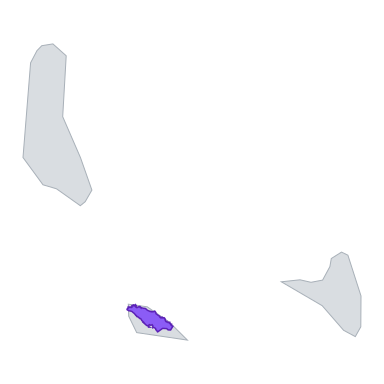 Fomboni, Moûhîlî, Comoros shown in context
{"feature_id": "10938185B23268545061954", "entity_name": "Fomboni", "entity_type": "district", "adm_level": 2, "iso_a3": "COM", "parent_name": "Comoros", "parent_adm1": "Moûhîlî", "projection": "robinson", "projection_center": [43.719, -12.295], "detail": "fine", "context": "in_parent", "style": "filled", "palette": "violet", "viewbox_px": 384, "rotation_deg": 0, "n_neighbors": 0, "source": "geoboundaries", "source_scale": "gbopen_adm2", "svg_char_len": 4641}
<svg xmlns="http://www.w3.org/2000/svg" viewBox="0 0 384 384"><path d="M85.2,201.7L80.3,205.7L56.5,188.8L43.0,184.8L23.0,157.5L30.6,62.8L37.0,50.6L41.8,45.7L52.9,43.9L66.2,55.8L62.7,116.7L80.5,157.7L91.9,190.1L85.2,201.7ZM347.9,255.2L361.0,296.0L360.8,326.8L355.3,336.6L343.6,330.3L322.2,305.7L281.3,281.8L300.0,279.8L311.0,282.3L322.6,280.1L329.9,266.6L331.3,258.5L341.5,252.1L347.9,255.2ZM169.2,322.0L187.4,340.1L136.7,332.6L128.7,316.2L128.3,304.2L147.2,306.8L169.2,322.0Z" fill="#d9dde1" stroke="#a8b0b8" stroke-width="1"/><path d="M172.9,326.3L172.7,326.2L172.6,326.3L172.3,326.3L172.1,326.0L171.9,325.7L172.0,325.6L171.9,325.5L171.8,325.3L171.5,325.1L171.5,324.9L171.4,325.0L171.0,325.0L171.0,324.8L170.9,324.6L170.7,324.4L170.6,324.1L170.6,323.9L170.6,323.7L170.4,323.6L170.2,323.6L170.1,323.4L170.0,323.2L169.9,323.1L169.7,323.2L169.6,322.9L169.6,322.5L169.7,322.4L169.6,322.5L169.4,322.6L169.2,322.6L169.3,322.5L169.2,322.5L168.9,322.5L168.8,322.3L168.8,322.2L168.7,322.2L168.6,322.3L168.2,322.5L167.9,322.3L167.4,322.1L167.2,321.9L166.9,321.3L166.7,321.3L166.6,321.5L166.4,321.7L166.2,321.4L166.0,321.5L165.9,321.5L165.5,320.9L165.2,320.0L165.2,319.9L165.2,319.6L165.3,319.3L165.2,319.2L164.8,318.9L164.8,318.7L164.7,318.7L164.6,318.4L164.6,318.2L164.4,318.0L164.2,317.8L163.8,318.0L163.6,317.8L163.4,317.7L162.7,317.6L162.4,317.9L162.2,317.9L162.0,317.7L161.9,317.6L161.8,317.8L161.8,317.7L161.7,317.8L161.5,317.7L161.4,317.7L161.2,317.8L160.9,317.9L160.7,317.8L160.7,317.6L160.7,317.4L160.3,317.4L160.1,317.4L159.9,317.0L159.8,316.9L160.0,316.7L159.9,316.6L159.4,316.0L159.0,315.8L158.8,315.7L158.6,315.5L158.4,315.4L157.7,315.0L156.9,314.3L156.1,313.8L155.9,313.4L155.9,313.2L155.9,312.9L155.9,312.7L155.6,312.2L155.4,312.0L155.3,311.8L155.1,311.6L154.9,311.2L154.6,311.1L154.4,311.4L154.0,311.4L154.0,311.5L153.9,311.6L153.5,311.6L153.2,311.6L153.0,311.8L152.7,311.8L152.3,311.8L152.2,311.7L151.9,311.6L151.8,311.8L151.5,311.8L150.8,311.6L150.7,311.3L150.4,311.4L150.3,311.5L149.9,311.4L149.6,311.3L149.1,310.9L148.6,310.8L148.4,310.7L148.2,310.6L147.9,310.5L147.5,310.3L147.1,310.0L146.1,309.0L145.5,308.7L145.4,308.6L145.2,308.5L144.9,308.3L144.7,308.4L144.1,308.4L143.7,308.3L143.4,308.3L142.9,308.1L142.4,307.9L142.3,307.7L142.3,307.8L142.1,307.8L141.7,307.7L141.2,307.7L140.9,307.4L140.9,307.5L140.8,307.4L140.8,307.5L140.7,307.5L140.6,307.4L140.6,307.5L140.5,307.4L140.3,307.5L140.1,307.3L139.8,307.0L139.6,306.9L139.2,306.5L138.9,306.7L138.3,307.0L137.8,307.2L137.3,307.2L137.0,307.2L136.9,307.1L136.6,307.2L136.6,307.5L135.9,307.1L135.7,306.9L135.9,306.6L136.0,306.3L136.1,305.8L135.9,305.9L135.7,305.8L135.6,305.6L135.7,305.4L135.5,305.2L135.4,305.2L135.3,304.8L135.2,304.9L135.1,305.1L134.9,305.0L134.9,304.8L134.8,305.0L134.7,305.1L134.7,305.3L134.5,305.6L134.3,305.9L133.9,305.9L133.8,305.7L133.5,305.4L133.5,305.2L133.3,305.3L133.3,305.1L133.2,305.1L132.9,305.3L132.9,305.2L132.7,305.3L132.7,305.5L132.6,305.8L132.4,305.9L132.2,305.9L131.9,305.8L131.9,306.0L131.9,306.4L131.7,306.2L131.8,306.4L131.8,306.7L131.9,306.9L131.4,307.3L131.0,307.4L131.0,307.5L130.9,307.5L130.8,307.4L130.7,307.2L130.6,307.3L130.2,307.2L129.8,307.3L129.6,307.2L129.4,307.3L129.3,307.2L129.3,307.3L129.1,307.4L128.9,307.1L128.6,307.4L128.5,307.1L128.4,307.1L128.4,307.3L128.2,307.3L128.3,307.6L128.2,307.6L128.1,307.8L128.0,308.2L127.8,308.4L127.7,308.4L127.7,308.5L127.3,308.8L127.2,308.9L127.1,309.0L127.0,309.3L127.2,309.8L129.0,310.8L130.4,311.0L132.0,311.5L132.5,311.9L132.8,312.3L133.8,313.0L134.0,313.3L134.5,313.6L134.6,313.8L134.7,314.0L135.3,314.6L135.5,314.8L135.6,315.2L135.9,315.5L136.2,315.5L136.5,315.8L136.8,316.2L136.8,316.5L137.5,316.6L137.6,316.8L138.0,316.9L138.5,317.4L138.7,317.6L138.8,317.7L139.0,317.7L139.2,317.8L139.4,318.0L139.9,318.6L140.0,318.6L140.3,318.5L140.5,318.6L140.8,318.8L141.0,319.1L141.2,319.5L141.6,320.1L141.7,320.4L142.4,321.1L143.0,321.6L143.1,321.8L143.0,322.2L143.4,322.2L143.6,322.2L143.8,322.4L143.9,322.5L143.9,322.8L143.9,323.0L144.0,323.0L144.3,323.3L144.5,323.4L144.9,323.8L145.0,324.1L145.3,324.2L145.7,324.6L146.4,325.3L146.7,325.5L147.4,325.6L147.7,325.7L148.1,325.8L148.2,326.4L148.3,326.7L148.5,327.1L149.0,327.1L149.5,327.1L148.8,326.7L148.7,326.3L148.8,325.8L149.0,325.2L149.1,324.7L149.4,324.6L149.6,324.6L150.0,324.9L150.2,325.1L150.6,325.2L151.6,325.1L152.1,324.7L152.4,325.0L152.8,325.6L152.8,327.7L153.0,327.6L153.5,327.4L153.9,327.5L154.6,327.9L154.8,328.0L155.6,328.6L155.7,329.2L155.8,329.7L156.0,329.9L156.7,330.4L157.3,331.6L157.7,331.9L162.6,328.4L166.7,328.6L168.1,329.9L168.3,329.9L170.6,330.0L172.9,326.3Z" fill="#8b5cf6" stroke="#5b21b6" stroke-width="1.5"/></svg>